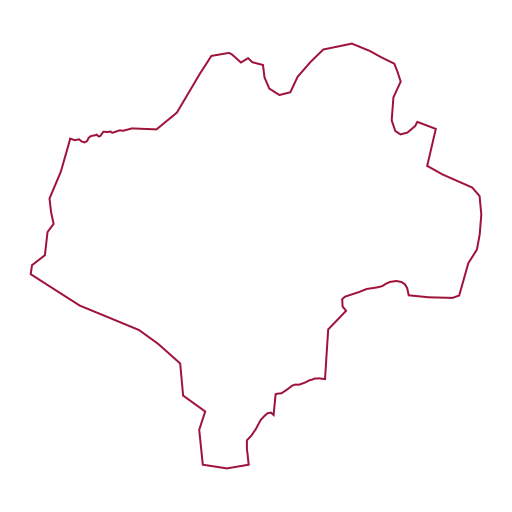 the district of Tenenkou, Mopti, Mali
{"feature_id": "8926073B19754802458169", "entity_name": "Tenenkou", "entity_type": "district", "adm_level": 2, "iso_a3": "MLI", "parent_name": "Mali", "parent_adm1": "Mopti", "projection": "albers", "projection_center": [-4.939, 14.587], "detail": "fine", "context": "isolated", "style": "outline", "palette": "rose", "viewbox_px": 512, "rotation_deg": 0, "n_neighbors": 0, "source": "geoboundaries", "source_scale": "gbopen_adm2", "svg_char_len": 1722}
<svg xmlns="http://www.w3.org/2000/svg" viewBox="0 0 512 512"><path d="M346.1,310.8L342.6,306.6L342.2,299.2L344.9,296.7L359.1,292.0L366.6,289.0L369.9,288.5L374.6,287.8L378.6,287.1L382.5,286.0L385.8,283.8L390.0,281.9L396.3,281.0L401.5,282.0L405.0,284.4L407.2,288.2L408.7,295.3L428.8,297.3L452.5,297.9L459.2,295.5L468.3,263.2L476.9,249.6L479.7,234.4L481.3,214.6L479.6,196.1L472.3,187.6L442.6,174.5L427.2,165.9L435.8,128.9L417.3,121.9L415.1,126.1L407.4,132.6L400.5,134.4L395.3,131.0L391.7,120.4L393.4,97.4L400.7,81.6L397.3,71.3L394.3,63.7L381.5,57.4L369.7,50.9L351.8,43.6L323.3,49.5L310.3,62.2L297.6,76.8L290.3,92.3L279.4,95.0L269.3,88.6L264.5,77.4L263.0,65.0L252.3,62.2L249.7,59.7L248.1,58.2L240.9,62.5L234.7,56.9L231.6,54.2L228.9,52.9L211.4,55.9L199.9,73.7L176.9,112.6L156.5,129.4L132.0,128.4L123.0,130.8L119.8,130.3L112.3,132.8L110.3,131.5L107.9,132.0L103.4,131.7L100.1,136.2L98.6,136.4L96.5,134.6L95.5,135.2L92.5,135.7L90.3,136.4L88.6,138.0L87.3,140.6L87.0,141.1L84.5,142.4L82.7,141.8L81.6,141.4L79.0,139.3L74.9,140.2L71.3,139.0L70.2,138.6L69.0,143.1L60.8,171.8L49.5,198.5L51.1,212.3L53.6,223.9L47.5,232.1L44.9,255.2L32.0,265.2L30.7,274.2L79.6,305.5L139.1,330.1L158.3,344.0L180.2,363.5L183.1,395.6L205.2,411.5L199.2,429.8L202.8,464.7L226.8,468.4L248.7,464.7L247.9,457.6L247.6,454.3L246.9,449.4L246.9,440.3L251.3,435.7L255.8,429.1L260.6,420.1L263.9,416.5L267.6,413.2L270.9,412.6L273.6,415.0L275.6,394.3L275.6,394.2L275.8,394.2L277.3,393.7L281.4,393.3L287.0,389.6L292.2,385.6L295.2,384.6L297.3,384.7L299.3,384.6L304.9,382.6L309.6,380.2L312.6,379.5L314.6,378.5L317.5,378.5L318.8,378.3L319.4,378.4L322.4,378.8L325.0,379.1L325.6,370.2L326.2,360.3L328.2,329.4L346.1,310.8Z" fill="none" stroke="#9f1239" stroke-width="2"/></svg>